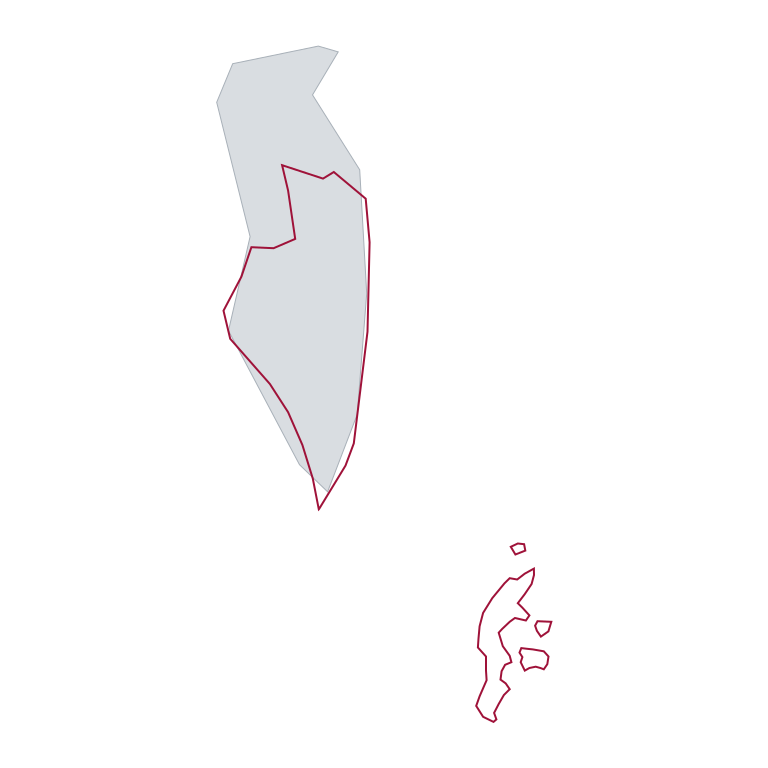 where Al Janūbīyah sits in Bahrain
{"feature_id": "BHR-4926", "entity_name": "Al Janūbīyah", "entity_type": "Governorate", "adm_level": 1, "iso_a3": "BHR", "parent_name": "Bahrain", "parent_adm1": "", "projection": "orthographic", "projection_center": [50.722, 25.854], "detail": "fine", "context": "in_parent", "style": "outline", "palette": "rose", "viewbox_px": 768, "rotation_deg": 0, "n_neighbors": 0, "source": "natural_earth", "source_scale": "10m", "svg_char_len": 1449}
<svg xmlns="http://www.w3.org/2000/svg" viewBox="0 0 768 768"><path d="M357.2,414.5L327.6,491.8L299.5,464.7L228.5,330.7L250.1,236.6L216.7,102.3L232.7,63.7L318.3,46.1L338.2,51.9L312.5,94.9L359.7,169.8L366.7,293.6L357.2,414.5Z" fill="#d9dde1" stroke="#a8b0b8" stroke-width="1"/><path d="M365.7,198.7L369.6,242.3L367.5,331.7L353.8,443.4L345.5,465.6L319.0,509.1L318.8,509.3L312.8,478.6L302.4,445.0L288.1,412.2L269.9,384.0L230.2,338.8L223.5,310.7L241.4,276.7L246.4,261.9L251.4,247.2L273.6,248.2L295.2,238.9L288.1,190.6L282.1,165.2L323.0,178.6L333.8,172.0L365.7,198.7ZM509.7,578.2L517.2,579.5L524.7,573.7L533.9,568.6L534.0,575.0L531.6,584.0L524.7,594.2L517.8,603.2L522.4,607.7L529.4,615.4L525.9,620.5L514.9,618.0L509.7,621.8L502.2,628.9L498.7,632.7L502.8,646.2L509.7,655.8L511.4,662.2L505.1,664.8L501.6,671.2L500.5,679.6L505.7,683.4L509.7,689.2L503.9,695.0L498.7,704.0L494.1,712.9L496.4,719.4L493.5,721.9L483.1,716.8L476.2,705.9L479.6,696.3L486.6,680.2L486.0,670.6L486.0,656.5L477.9,647.5L478.5,638.5L479.6,626.3L483.1,612.9L492.3,598.1L504.5,583.3L509.7,578.2ZM527.1,648.8L532.8,649.4L543.8,651.3L548.5,656.5L547.3,664.2L543.8,669.3L540.4,668.0L535.7,666.7L529.4,668.0L524.8,670.6L520.7,662.2L522.4,657.1L519.5,652.6L521.3,648.1L527.1,648.8ZM537.5,621.2L551.3,621.8L548.4,631.4L540.9,636.6L536.9,630.8L535.1,625.7L537.5,621.2ZM510.8,546.8L517.8,543.5L524.1,544.2L525.3,550.6L515.4,554.5L510.8,546.8Z" fill="none" stroke="#9f1239" stroke-width="2"/></svg>